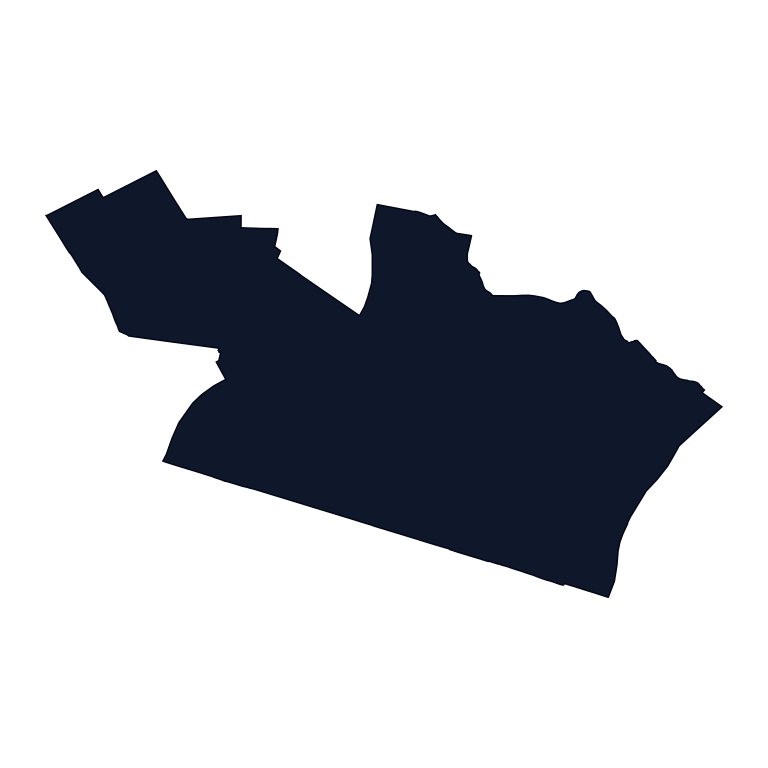 the district of Stelnica, Ialomita, Romania
{"feature_id": "2599482B4677795676916", "entity_name": "Stelnica", "entity_type": "district", "adm_level": 2, "iso_a3": "ROU", "parent_name": "Romania", "parent_adm1": "Ialomita", "projection": "robinson", "projection_center": [27.955, 44.403], "detail": "fine", "context": "isolated", "style": "filled", "palette": "ink", "viewbox_px": 768, "rotation_deg": 0, "n_neighbors": 0, "source": "geoboundaries", "source_scale": "gbopen_adm2", "svg_char_len": 6016}
<svg xmlns="http://www.w3.org/2000/svg" viewBox="0 0 768 768"><path d="M721.9,406.8L702.1,392.7L704.4,390.0L703.8,389.5L702.5,388.5L702.1,387.9L701.8,387.3L701.5,386.8L701.0,386.4L700.4,386.0L699.8,385.5L699.5,384.9L699.1,384.4L698.2,383.4L697.7,383.0L697.1,382.7L696.2,382.3L695.4,382.0L694.7,381.8L694.0,381.6L693.6,381.5L693.2,381.5L692.5,381.3L691.9,381.3L690.8,381.2L690.2,381.2L689.7,381.1L689.4,381.1L688.9,380.9L688.1,380.8L687.8,380.7L687.7,380.6L687.3,380.4L686.1,380.2L684.1,379.9L682.9,379.7L681.3,379.3L680.3,379.0L679.8,378.8L679.3,378.5L678.7,378.2L678.2,377.9L677.6,377.5L677.4,377.4L677.0,377.0L676.6,376.7L676.4,376.5L676.1,376.1L675.7,375.6L675.2,374.9L674.0,373.4L673.8,373.2L673.6,372.8L673.2,372.2L672.4,370.9L672.1,370.4L671.8,370.0L671.4,369.6L670.8,369.1L669.8,368.2L668.3,367.1L666.8,366.1L666.2,365.8L665.6,365.6L664.6,365.2L663.8,365.0L661.7,364.4L659.5,363.8L658.3,363.4L657.9,363.2L657.1,362.7L656.5,362.3L656.3,362.2L655.8,361.8L655.6,361.6L655.5,361.4L655.3,361.0L655.8,360.6L653.7,358.2L651.0,355.5L650.7,355.1L650.6,354.9L649.6,353.7L649.1,353.2L648.4,352.4L644.4,348.2L641.3,344.8L639.3,342.6L638.4,341.7L637.7,340.9L637.5,340.7L637.3,340.6L636.6,340.5L636.2,340.5L635.7,340.5L634.9,340.7L633.7,341.3L633.1,341.6L632.5,341.7L631.9,341.8L631.2,341.9L630.9,342.0L630.7,342.1L630.2,342.5L629.7,342.7L629.1,342.8L628.4,342.7L628.1,342.4L627.9,342.2L627.6,341.7L627.1,341.2L626.4,340.8L625.4,340.4L625.0,340.2L624.5,339.9L623.8,339.3L623.6,339.0L623.4,338.7L623.1,338.1L622.6,337.2L621.6,335.8L621.1,335.0L620.8,334.3L620.2,332.5L618.8,328.0L616.8,322.9L615.8,320.7L614.5,318.3L613.6,317.5L612.3,316.7L607.6,311.6L605.5,309.5L600.9,305.4L596.8,302.3L595.4,301.0L594.4,299.7L593.3,297.7L592.5,296.2L590.5,292.8L590.2,292.2L590.0,291.9L589.6,291.6L589.2,291.4L588.2,291.2L586.8,290.9L585.3,290.7L584.3,290.6L583.4,290.6L582.5,290.8L581.9,291.0L580.9,291.4L579.1,292.4L578.7,292.8L577.4,294.4L575.2,298.4L574.2,299.1L569.6,300.8L564.3,302.8L562.1,303.1L560.3,303.3L559.9,303.2L558.9,303.1L556.4,302.5L552.9,301.3L546.0,298.5L543.2,297.6L534.2,295.9L529.4,295.4L527.9,295.3L521.7,295.4L514.8,295.8L505.9,295.8L492.7,295.7L490.1,292.9L486.4,290.7L484.9,289.2L484.3,288.2L483.2,285.7L482.8,284.5L482.5,283.0L481.5,280.4L479.8,276.8L479.0,275.0L479.0,274.7L479.0,274.4L479.1,274.1L479.2,273.8L479.5,273.3L479.6,273.0L479.5,272.6L479.3,272.2L478.6,271.9L478.3,271.7L478.0,271.4L477.4,270.4L477.1,270.0L476.7,269.5L475.4,268.4L474.9,268.0L474.3,267.7L473.6,267.3L473.2,267.1L472.4,266.7L471.9,266.4L471.3,265.8L470.7,265.2L470.4,264.8L469.8,264.1L468.6,263.3L468.0,262.5L467.7,261.9L467.5,261.1L467.4,260.4L467.3,259.7L467.3,258.9L467.3,257.6L467.3,256.8L467.2,256.1L467.3,254.5L467.4,253.8L467.5,252.8L467.9,251.2L468.3,249.6L468.5,248.7L468.8,247.6L469.8,243.3L470.1,241.8L470.4,240.3L470.8,239.0L471.0,237.8L471.5,235.8L471.2,235.6L456.9,233.4L456.4,233.2L455.6,232.8L454.2,231.8L451.0,229.4L448.7,227.5L446.5,225.9L444.6,224.6L444.1,224.1L443.4,223.7L440.7,220.9L438.9,218.9L438.4,218.1L437.9,217.5L437.5,217.0L436.6,216.3L436.1,215.6L435.4,214.7L434.6,215.0L433.3,215.4L431.1,215.9L430.4,216.0L429.6,216.0L428.6,215.7L427.1,215.1L425.8,214.6L424.8,214.2L422.5,213.4L420.7,212.7L418.1,211.9L417.8,211.8L416.4,211.5L415.3,211.3L414.6,211.4L414.2,211.5L413.6,211.5L412.4,211.3L377.3,204.6L370.1,238.7L372.3,254.8L372.3,274.7L371.6,283.4L367.8,297.3L364.5,306.6L359.5,315.7L332.4,297.1L300.9,275.4L300.4,274.8L277.1,258.5L280.5,251.0L275.8,247.4L275.4,247.1L274.6,246.9L275.1,244.5L276.2,239.7L276.4,238.6L276.8,236.7L277.2,234.9L277.4,233.6L277.6,232.5L277.6,232.2L277.8,230.4L278.0,228.8L277.8,228.8L273.6,228.6L261.7,228.5L241.0,227.8L241.1,215.7L187.1,219.4L186.8,218.7L186.2,218.7L177.1,204.2L176.4,203.2L174.3,199.8L168.4,190.3L166.1,186.6L161.8,179.6L160.9,178.1L156.3,170.8L152.3,172.8L109.6,194.5L108.2,195.2L103.3,197.7L102.1,196.0L99.9,192.5L98.1,189.5L97.9,189.6L83.5,196.9L77.4,200.0L54.0,211.9L50.9,213.5L47.0,215.4L46.1,215.5L56.3,231.7L62.2,241.1L66.7,248.5L68.6,251.3L69.4,252.7L69.8,252.4L70.8,254.0L70.9,254.4L71.2,254.5L79.5,267.9L82.0,272.3L101.9,292.1L103.2,293.6L104.3,294.6L105.0,295.9L105.4,296.8L106.0,297.7L106.2,298.7L107.7,301.9L108.2,303.3L112.9,314.4L113.7,317.0L115.2,321.0L118.0,327.2L118.4,329.0L119.6,331.4L123.7,333.2L127.5,334.9L128.2,335.5L128.4,335.7L128.5,335.9L132.6,336.5L149.2,338.8L171.1,341.8L205.8,346.4L217.6,348.0L219.0,348.3L218.3,350.4L219.2,350.7L218.8,351.9L220.6,352.8L220.1,355.1L218.9,360.5L216.3,362.0L225.8,379.4L213.8,385.9L201.8,394.5L192.9,403.0L189.0,408.4L178.9,422.7L172.1,438.2L166.4,454.3L162.9,461.1L164.3,461.6L168.2,462.9L170.7,463.7L181.0,466.9L183.0,467.5L183.5,467.7L184.1,467.7L184.1,467.8L184.5,467.9L187.5,468.9L197.6,471.9L197.9,472.1L199.9,472.6L203.1,473.7L206.4,474.7L211.4,476.3L214.3,477.2L214.2,477.4L219.8,479.2L221.0,479.7L224.3,480.7L224.2,481.0L225.5,481.3L225.6,481.1L241.8,486.0L243.5,486.5L245.0,486.8L245.6,486.9L246.7,487.2L247.2,487.3L250.2,488.2L253.7,489.0L263.5,492.0L270.0,494.0L274.9,495.5L315.7,508.0L353.1,519.4L361.3,522.0L367.9,524.0L371.3,525.0L374.2,526.1L380.7,528.1L410.0,537.0L423.2,541.1L427.7,542.5L431.0,543.5L434.6,544.6L436.5,545.2L450.0,549.1L449.8,549.5L453.7,550.8L457.1,551.9L457.8,552.2L475.1,557.4L488.1,561.4L488.3,561.0L498.0,564.0L498.1,563.8L500.9,564.7L501.8,565.1L502.5,565.3L504.8,565.9L507.9,566.8L511.1,567.9L513.0,568.6L513.8,568.8L516.9,569.8L520.1,570.8L523.3,571.9L529.8,574.1L533.1,575.1L534.4,575.6L536.3,576.4L539.6,577.6L542.8,578.8L546.1,579.9L547.8,580.4L550.1,580.9L552.4,581.7L558.7,583.9L560.3,584.4L561.9,584.9L562.5,585.0L563.0,585.0L563.4,585.0L563.6,585.0L564.4,583.5L570.5,585.4L574.9,586.7L576.9,587.4L580.0,588.3L586.4,590.4L590.0,591.5L594.3,592.8L598.4,594.1L599.9,594.6L601.2,595.0L604.8,596.2L607.2,597.0L608.3,597.2L614.4,581.2L616.9,565.3L618.1,550.7L619.9,541.9L623.1,533.3L627.3,524.3L627.8,522.4L630.2,517.2L646.2,491.0L657.2,479.3L667.6,466.1L673.0,456.8L679.1,445.8L721.9,406.8Z" fill="#0f172a" stroke="#020617" stroke-width="1.5"/></svg>